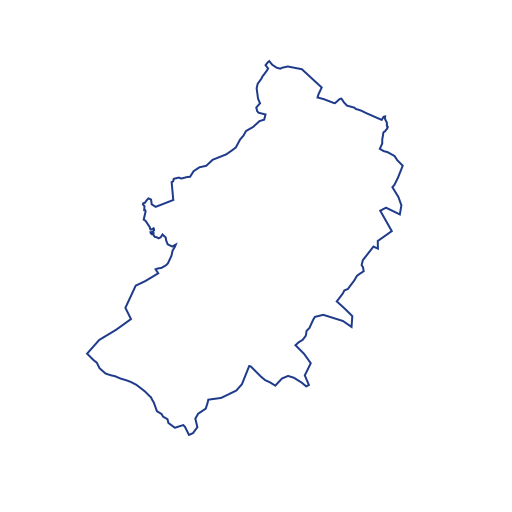 Song, Adamawa, Nigeria (Albers equal-area conic projection), rotated 135°
{"feature_id": "59680162B82996162763265", "entity_name": "Song", "entity_type": "district", "adm_level": 2, "iso_a3": "NGA", "parent_name": "Nigeria", "parent_adm1": "Adamawa", "projection": "albers", "projection_center": [12.591, 9.831], "detail": "fine", "context": "isolated", "style": "outline", "palette": "blue", "viewbox_px": 512, "rotation_deg": 135, "n_neighbors": 0, "source": "geoboundaries", "source_scale": "gbopen_adm2", "svg_char_len": 3171}
<svg xmlns="http://www.w3.org/2000/svg" viewBox="0 0 512 512"><g transform="rotate(135 256 256)"><path d="M263.4,367.9L274.9,354.1L292.2,361.7L293.2,366.3L290.3,370.1L291.3,372.8L293.9,372.7L297.0,372.2L298.3,373.0L299.5,372.4L299.6,370.1L302.6,367.5L302.0,366.8L302.4,365.7L309.7,361.1L309.2,359.2L310.7,351.6L311.9,349.5L311.3,348.7L308.8,348.0L309.1,347.2L309.8,346.3L312.1,346.1L313.8,347.4L314.3,346.5L314.3,345.2L312.5,344.4L313.8,343.1L314.0,341.0L313.0,339.5L312.4,337.4L310.2,336.6L306.9,337.3L306.8,332.9L308.6,330.4L310.2,326.7L308.5,321.9L304.7,320.8L307.1,319.8L311.2,318.8L315.5,316.0L318.8,314.8L323.5,313.1L326.2,313.1L331.2,314.4L334.7,316.9L336.4,317.6L337.4,312.9L339.4,313.4L344.2,314.6L352.2,316.6L362.0,320.1L385.0,311.7L389.0,299.8L407.3,302.8L426.1,307.5L444.5,306.4L444.5,297.3L444.0,293.1L446.0,287.3L445.5,279.3L443.1,274.5L440.7,270.7L438.4,265.0L435.5,259.7L433.6,255.5L432.1,250.8L431.7,249.7L430.3,238.8L430.3,232.1L430.2,230.3L431.2,227.4L431.8,224.8L435.8,216.3L434.5,211.0L435.3,208.1L434.0,203.2L436.0,199.8L434.8,191.9L427.0,187.9L427.0,185.5L428.2,181.9L428.5,181.2L429.2,178.9L429.9,176.9L425.8,175.3L423.4,175.7L418.5,176.4L413.9,183.9L408.4,185.4L399.5,183.6L394.8,186.0L391.3,188.1L381.0,180.3L365.1,174.8L356.6,175.3L338.6,183.0L337.8,181.7L337.8,180.4L337.8,175.5L337.8,167.4L337.3,161.7L335.5,156.9L334.0,150.7L324.2,151.0L318.1,148.5L315.3,143.1L313.2,134.0L312.7,128.3L309.8,127.4L305.9,137.1L301.1,138.7L293.1,141.5L291.2,152.8L291.2,165.0L286.8,164.8L282.3,163.7L277.3,164.4L275.3,165.6L274.6,166.3L273.2,167.3L269.2,167.3L260.6,170.5L257.4,171.3L250.0,166.8L240.5,148.6L238.6,138.3L230.4,145.4L230.5,157.4L231.0,166.8L226.7,167.3L220.7,168.2L217.9,169.2L214.4,167.7L210.5,168.3L203.9,169.2L198.7,170.6L195.4,170.1L190.6,169.1L188.3,172.4L187.7,174.9L183.4,177.5L166.3,179.6L164.6,175.0L159.3,180.5L158.7,180.4L142.4,177.6L136.1,200.2L129.9,198.2L124.9,183.7L117.4,189.0L113.6,197.0L110.9,208.2L107.9,208.4L100.2,211.0L88.4,216.1L88.4,223.7L87.4,228.4L87.3,228.7L89.6,236.6L91.5,239.7L92.7,244.2L87.2,246.3L84.0,249.4L80.3,251.9L79.6,252.7L78.1,253.3L76.5,252.9L74.7,253.3L73.5,253.2L72.6,253.8L72.2,253.7L72.1,253.9L71.6,254.1L71.7,254.4L71.5,255.3L71.3,255.7L71.1,255.9L70.8,255.9L70.5,256.3L70.0,257.0L69.2,257.7L67.9,261.6L67.4,262.4L66.0,263.4L67.3,264.2L70.9,263.4L77.3,279.8L77.7,281.1L78.7,284.1L80.1,287.0L81.5,289.4L81.5,291.3L85.3,297.9L85.2,302.4L84.4,306.5L84.4,307.0L84.9,307.3L85.3,307.6L86.5,307.9L87.3,307.9L92.1,308.2L92.9,309.4L97.1,318.9L100.4,324.6L99.7,325.0L97.6,326.1L90.4,328.7L91.5,355.7L93.5,358.6L99.5,367.5L104.3,370.6L106.4,371.3L108.3,374.6L109.3,379.9L108.8,384.4L110.7,384.6L114.3,384.2L114.9,380.0L117.3,379.4L121.2,378.8L124.5,378.4L126.7,377.6L133.0,376.6L136.9,374.2L143.3,365.8L145.2,361.1L150.8,360.8L152.7,357.7L152.9,355.5L149.2,349.4L153.8,346.6L158.1,348.9L166.9,349.3L174.5,351.4L175.5,351.2L179.7,350.0L184.9,349.6L193.6,347.0L193.8,347.1L198.0,347.6L204.0,348.7L205.4,349.0L218.6,354.7L227.5,355.0L233.2,358.7L240.1,360.1L246.7,358.6L248.6,360.4L253.6,363.3L254.2,363.9L255.1,366.0L259.6,368.7L261.8,367.4L263.4,367.9Z" fill="none" stroke="#1e3a8a" stroke-width="2"/></g></svg>